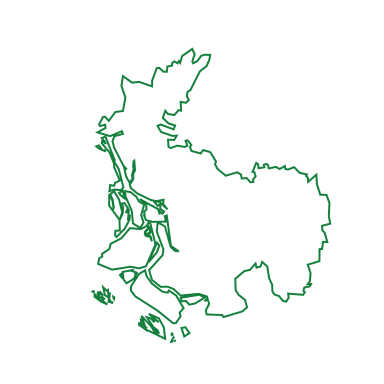 Barisal, Barisal, Bangladesh (Robinson projection), rotated 161°
{"feature_id": "16705992B66943755852345", "entity_name": "Barisal", "entity_type": "district", "adm_level": 2, "iso_a3": "BGD", "parent_name": "Bangladesh", "parent_adm1": "Barisal", "projection": "robinson", "projection_center": [90.343, 22.763], "detail": "fine", "context": "isolated", "style": "outline", "palette": "green", "viewbox_px": 384, "rotation_deg": 161, "n_neighbors": 0, "source": "geoboundaries", "source_scale": "gbopen_adm2", "svg_char_len": 6058}
<svg xmlns="http://www.w3.org/2000/svg" viewBox="0 0 384 384"><g transform="rotate(161 192 192)"><path d="M145.2,327.2L157.0,323.8L161.2,317.9L161.7,320.1L163.8,318.4L166.2,321.3L168.8,320.4L169.6,318.0L174.4,318.7L176.7,313.9L179.8,315.0L182.7,320.2L185.0,320.6L193.4,310.3L195.4,304.9L206.2,313.4L213.0,314.9L219.6,324.1L224.2,315.2L224.2,303.0L230.9,291.1L238.5,292.6L247.5,286.3L249.7,291.5L251.7,291.9L257.9,286.1L257.5,284.3L252.2,283.9L252.9,280.7L261.9,279.1L251.3,271.5L238.5,272.3L238.4,269.4L247.3,270.0L250.6,266.0L251.2,259.8L248.3,239.1L246.2,234.6L248.2,237.2L249.2,228.3L248.1,221.2L243.8,224.0L243.3,227.4L239.5,233.1L239.4,235.2L237.3,240.0L236.4,240.4L238.8,230.9L241.5,228.5L243.4,223.3L248.4,219.3L248.5,215.6L244.1,208.3L233.5,197.8L228.8,195.0L221.4,193.9L223.3,190.1L220.8,183.6L224.4,190.2L226.1,190.5L227.5,186.3L224.7,182.7L226.8,181.1L229.1,184.9L229.8,181.2L229.6,186.8L243.7,202.3L239.3,195.2L240.8,190.2L243.6,189.0L244.4,185.3L245.0,186.5L244.7,180.5L238.8,176.5L226.3,172.5L225.6,178.0L223.5,178.0L229.5,148.0L223.9,140.1L227.3,142.0L230.0,147.1L228.8,168.4L234.3,174.4L238.2,166.0L237.7,147.0L240.3,141.9L258.0,132.1L258.5,121.9L252.5,112.6L245.5,110.2L241.1,106.3L236.5,97.8L218.8,93.5L212.0,88.4L211.9,86.1L215.8,85.0L212.3,85.0L212.1,80.8L217.6,75.4L218.0,71.5L203.5,65.8L203.0,63.5L183.1,62.7L177.5,65.0L177.0,72.7L181.4,79.6L182.7,84.9L179.3,95.9L168.2,100.2L162.5,99.5L155.2,103.7L155.6,99.5L151.7,99.2L148.4,103.0L145.1,97.1L147.1,85.3L146.4,78.2L148.3,72.1L147.7,68.6L143.5,65.1L141.6,59.6L138.6,57.7L135.0,60.5L134.2,64.6L120.4,58.6L117.9,60.6L118.8,62.3L116.9,65.1L111.3,64.4L109.4,66.2L112.6,67.2L109.6,69.2L106.3,76.8L106.2,85.6L94.1,85.1L90.0,96.4L87.6,95.7L84.3,102.2L80.4,100.7L79.8,110.3L81.3,113.2L80.0,117.7L71.6,117.0L70.5,124.6L65.6,136.9L65.8,145.5L71.6,147.7L71.3,158.7L68.8,167.9L78.9,163.8L77.8,167.7L78.9,169.9L77.6,171.1L84.1,175.2L87.3,182.2L93.9,182.0L96.3,183.4L95.7,186.3L101.6,185.2L104.6,188.4L111.7,189.3L111.4,193.2L112.9,194.4L115.3,194.3L115.6,191.8L121.3,192.8L120.5,196.8L121.8,198.6L128.2,191.3L126.6,190.4L126.7,186.1L130.0,184.2L130.7,181.5L133.6,182.2L135.8,187.4L140.6,188.6L140.0,192.5L142.8,195.9L154.7,196.4L160.4,205.5L161.2,210.8L159.4,212.9L161.7,223.7L167.7,228.0L171.3,225.6L179.1,231.0L179.3,235.2L177.3,236.7L179.4,242.3L181.4,242.5L181.3,237.3L184.0,236.9L190.8,240.6L197.8,240.5L199.5,242.4L197.6,249.3L192.0,247.0L188.1,250.2L192.2,251.4L201.8,258.9L203.0,265.8L199.7,266.0L189.0,257.2L186.3,260.4L191.9,264.5L195.5,271.5L190.8,277.5L189.3,273.6L183.7,270.5L178.2,273.7L175.8,272.5L173.4,280.9L168.6,278.3L165.1,280.0L165.7,284.4L163.6,288.1L160.2,289.0L145.3,303.5L137.4,306.2L132.7,311.1L130.2,315.7L135.2,317.6L138.9,317.8L144.4,314.0L149.0,313.3L149.2,315.3L144.6,321.5L145.2,327.2ZM304.2,154.6L292.8,144.6L274.6,141.4L266.9,137.1L259.7,136.7L243.6,154.3L241.6,175.9L242.9,177.3L244.8,175.8L243.3,169.5L244.1,167.4L247.3,165.8L245.6,163.4L246.0,158.4L246.1,163.5L249.5,165.0L250.4,167.3L249.4,169.7L245.0,172.1L245.4,174.7L252.4,173.6L262.4,178.0L273.9,171.2L285.7,169.5L288.9,164.9L297.3,162.8L297.9,160.1L301.3,159.5L304.2,154.6ZM237.8,84.8L240.6,99.1L245.9,106.4L247.7,104.7L252.6,107.6L259.8,118.6L262.3,127.0L261.9,133.2L268.9,131.7L280.3,122.7L281.8,118.8L279.8,112.1L263.2,91.0L252.5,74.0L249.9,73.3L246.1,76.1L243.2,78.3L242.9,82.0L237.8,84.8ZM256.3,210.0L255.1,193.3L258.1,181.5L252.5,174.9L247.7,179.0L247.6,186.6L241.3,195.8L245.2,200.1L246.2,205.7L249.8,211.5L254.9,214.7L256.3,210.0ZM271.0,216.8L274.8,206.1L269.6,189.2L264.6,195.4L263.4,208.5L265.4,218.0L270.1,216.6L269.5,210.4L271.0,202.7L271.5,202.2L270.0,209.8L271.0,216.8ZM269.8,188.8L272.8,179.1L277.1,180.3L278.8,176.0L278.0,174.1L267.7,179.1L260.2,186.0L258.0,190.8L260.4,187.4L261.8,186.1L257.6,195.5L258.3,197.3L260.4,194.1L260.8,194.3L257.9,197.8L259.5,203.6L262.6,204.0L261.8,200.7L264.4,194.4L269.8,188.8ZM271.7,68.5L265.2,62.0L262.7,72.8L264.4,83.3L272.5,90.8L265.8,79.8L270.3,85.3L270.1,81.0L271.9,85.7L275.4,88.2L272.6,77.1L269.1,71.7L271.7,73.9L269.8,71.9L269.1,68.8L271.7,72.8L271.7,68.5ZM269.8,219.7L264.8,219.7L258.6,216.8L255.3,218.9L253.8,237.5L255.5,245.3L257.6,241.3L256.5,226.3L261.7,225.7L263.6,223.2L267.1,225.2L269.8,219.7ZM231.3,86.4L225.6,85.6L214.1,88.1L218.7,92.5L237.1,95.7L237.3,92.1L233.0,90.7L231.3,86.4ZM283.6,127.0L275.4,128.8L269.8,134.0L272.9,132.4L271.4,134.5L274.2,136.5L273.4,137.5L283.6,139.0L285.2,131.6L283.6,127.0ZM261.4,267.5L257.0,255.9L256.5,245.3L254.7,247.2L255.8,272.5L259.8,272.4L258.1,268.1L257.8,265.5L259.6,269.3L260.4,267.7L260.1,270.1L261.4,267.5ZM272.2,69.1L274.5,78.8L280.1,91.3L280.1,79.9L278.9,78.0L280.2,79.1L280.4,77.0L272.2,69.1ZM241.6,155.5L255.9,139.7L245.0,146.3L240.4,151.9L241.6,155.5ZM246.2,66.8L246.4,57.9L240.4,59.4L242.2,66.2L246.2,66.8ZM308.0,122.8L304.6,118.8L302.2,123.7L305.1,120.0L303.3,126.8L304.8,126.4L307.0,130.8L308.0,122.8ZM244.4,172.0L249.0,169.3L249.7,166.9L244.5,167.4L244.4,172.0ZM261.2,214.9L260.8,212.7L258.0,208.2L257.0,215.7L261.2,214.9ZM231.0,195.3L229.0,190.0L225.1,191.6L225.4,193.1L231.0,195.3ZM313.8,118.1L308.6,113.2L313.1,119.8L312.7,117.3L317.3,127.1L318.2,124.8L313.8,118.1ZM280.8,77.3L281.1,86.2L281.9,87.7L283.3,81.0L280.8,77.3ZM313.4,122.7L309.5,119.4L311.3,122.0L310.1,123.7L311.6,128.2L311.6,125.0L313.9,125.4L312.8,128.4L314.4,126.7L313.4,122.7ZM267.6,266.3L266.2,263.8L263.1,260.9L264.7,266.3L267.6,266.3ZM287.2,136.9L286.0,133.5L285.5,133.3L284.6,138.0L287.2,136.9ZM306.7,115.3L305.5,114.9L304.6,115.9L305.8,117.2L306.7,115.3ZM283.8,81.6L284.0,84.6L284.5,85.2L285.4,83.8L283.8,81.6ZM300.5,118.7L300.8,117.0L300.6,116.2L299.7,117.7L300.5,118.7ZM257.7,63.3L256.7,63.4L257.0,65.6L257.7,63.3ZM311.6,120.4L311.7,118.8L310.2,119.4L311.6,120.4ZM260.5,57.1L259.2,57.0L258.5,59.0L259.0,58.7L260.5,57.1ZM302.7,114.3L304.1,113.6L303.6,113.2L302.7,114.3ZM260.4,258.4L261.0,260.0L262.1,260.0L260.4,258.4ZM317.6,129.2L317.3,130.3L318.4,130.2L317.6,129.2ZM255.9,60.8L257.1,60.5L257.8,59.6L255.9,60.8ZM257.5,56.8L255.5,57.0L257.6,56.8L257.5,56.8Z" fill="none" stroke="#15803d" stroke-width="2"/></g></svg>